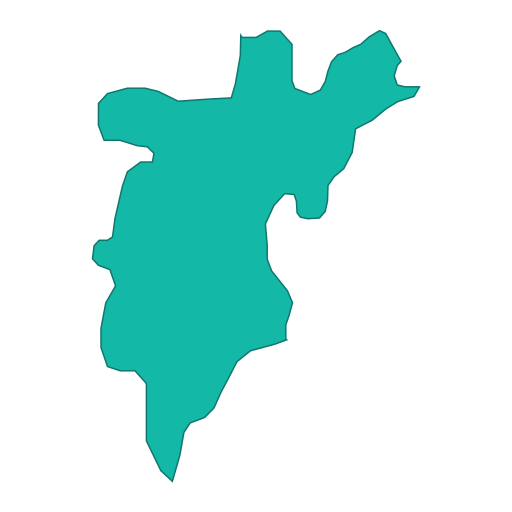 SVG path tracing the border of Studeničani
{"feature_id": "MKD-2912", "entity_name": "Studeničani", "entity_type": "Statistical Region", "adm_level": 1, "iso_a3": "MKD", "parent_name": "North Macedonia", "parent_adm1": "", "projection": "equal_earth", "projection_center": [21.451, 41.794], "detail": "fine", "context": "isolated", "style": "filled", "palette": "teal", "viewbox_px": 512, "rotation_deg": 0, "n_neighbors": 0, "source": "natural_earth", "source_scale": "10m", "svg_char_len": 1453}
<svg xmlns="http://www.w3.org/2000/svg" viewBox="0 0 512 512"><path d="M120.4,370.8L110.9,367.7L107.5,366.5L101.0,347.4L101.0,328.3L105.8,302.8L115.6,285.8L109.9,269.6L98.4,265.3L92.5,258.8L94.1,245.7L99.2,240.3L107.4,240.3L112.5,237.0L115.0,218.5L122.5,185.9L127.4,171.8L140.7,162.0L152.4,162.0L154.0,153.3L147.3,146.8L137.4,145.7L120.0,140.3L104.1,140.3L98.4,125.1L98.5,103.4L107.5,93.6L127.4,88.2L145.0,88.2L158.2,91.4L178.2,101.2L210.4,99.0L231.3,97.9L235.4,83.8L240.3,55.6L240.8,35.5L242.0,37.4L245.2,37.4L256.2,37.4L267.4,31.1L280.1,31.1L292.0,44.4L292.0,63.9L292.0,80.9L294.9,88.5L310.7,94.5L320.3,90.1L325.3,81.4L327.8,71.6L331.5,61.8L337.8,54.7L344.8,52.5L353.2,47.6L354.8,46.9L360.6,44.4L369.4,36.7L378.1,31.5L379.5,30.7L385.7,33.5L392.8,46.5L401.0,61.3L397.2,65.6L394.2,75.8L397.2,85.0L404.9,86.8L418.2,86.8L419.5,86.9L414.0,96.4L397.7,101.6L385.9,108.9L372.5,120.0L355.6,128.8L352.2,152.4L343.8,168.6L334.1,176.7L328.0,185.5L327.5,201.1L325.2,211.4L319.5,218.0L307.7,218.7L300.4,217.2L297.1,212.8L296.4,201.1L294.1,194.4L284.6,193.7L273.9,205.5L265.4,223.9L267.2,245.3L267.2,259.3L271.7,271.0L287.5,290.9L292.5,302.8L289.1,315.3L285.8,324.9L285.8,338.9L286.7,339.8L275.3,344.0L250.4,350.8L236.9,361.7L228.6,378.0L221.3,391.6L214.0,407.9L204.7,417.4L190.2,422.9L183.9,432.4L179.8,455.5L173.8,476.3L172.3,481.3L160.9,470.7L146.4,440.9L146.4,423.9L146.4,383.5L135.0,370.8L120.4,370.8Z" fill="#14b8a6" stroke="#0f766e" stroke-width="1.5"/></svg>